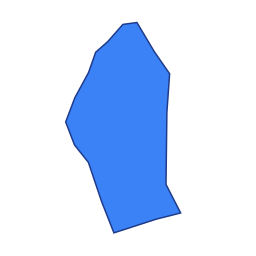 outline of Marupes, rotated 277°
{"feature_id": "LVA-5771", "entity_name": "Marupes", "entity_type": "Municipality", "adm_level": 1, "iso_a3": "LVA", "parent_name": "Latvia", "parent_adm1": "", "projection": "robinson", "projection_center": [23.953, 56.883], "detail": "fine", "context": "isolated", "style": "filled", "palette": "blue", "viewbox_px": 256, "rotation_deg": 277, "n_neighbors": 0, "source": "natural_earth", "source_scale": "10m", "svg_char_len": 373}
<svg xmlns="http://www.w3.org/2000/svg" viewBox="0 0 256 256"><g transform="rotate(277 128 128)"><path d="M126.4,65.4L151.4,71.5L178.3,82.1L199.3,86.7L211.2,97.3L230.2,110.3L233.8,124.0L207.1,144.7L186.9,162.7L148.1,164.7L76.6,172.6L50.1,190.6L40.8,166.7L22.2,126.8L51.7,110.8L89.0,92.9L104.6,77.0L126.4,65.4Z" fill="#3b82f6" stroke="#1e3a8a" stroke-width="1.5"/></g></svg>